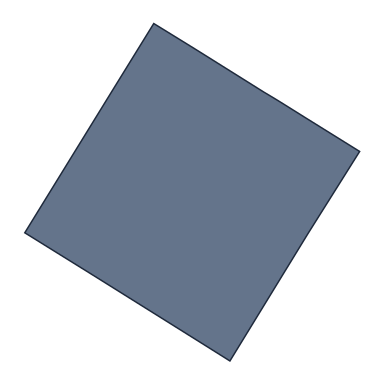 Kingfisher, Oklahoma, United States of America (Albers equal-area conic projection), rotated 212°
{"feature_id": "52423323B31059219556593", "entity_name": "Kingfisher", "entity_type": "district", "adm_level": 2, "iso_a3": "USA", "parent_name": "United States of America", "parent_adm1": "Oklahoma", "projection": "albers", "projection_center": [-97.987, 35.945], "detail": "fine", "context": "isolated", "style": "filled", "palette": "slate", "viewbox_px": 384, "rotation_deg": 212, "n_neighbors": 0, "source": "geoboundaries", "source_scale": "gbopen_adm2", "svg_char_len": 330}
<svg xmlns="http://www.w3.org/2000/svg" viewBox="0 0 384 384"><g transform="rotate(212 192 192)"><path d="M71.3,315.2L135.5,315.1L167.8,315.1L184.1,314.8L265.3,314.9L313.7,314.6L313.3,238.9L312.2,68.8L231.7,69.0L118.5,68.9L70.3,68.8L71.6,218.0L71.5,250.3L71.3,315.2Z" fill="#64748b" stroke="#1e293b" stroke-width="1.5"/></g></svg>